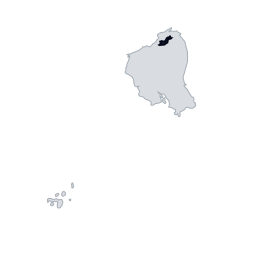 location of Shushufindi, Sucumbios, Ecuador, rotated 305°
{"feature_id": "8360857B16712310561849", "entity_name": "Shushufindi", "entity_type": "district", "adm_level": 2, "iso_a3": "ECU", "parent_name": "Ecuador", "parent_adm1": "Sucumbios", "projection": "orthographic", "projection_center": [-76.553, -0.288], "detail": "medium", "context": "in_parent", "style": "filled", "palette": "ink", "viewbox_px": 256, "rotation_deg": 305, "n_neighbors": 0, "source": "geoboundaries", "source_scale": "gbopen_adm2", "svg_char_len": 5160}
<svg xmlns="http://www.w3.org/2000/svg" viewBox="0 0 256 256"><g transform="rotate(305 128 128)"><path d="M235.1,106.0L234.4,106.5L232.6,106.7L231.2,106.2L230.6,106.2L230.5,106.7L232.4,107.9L233.3,110.0L234.6,111.3L235.4,112.0L235.5,112.4L235.2,113.3L235.2,114.0L235.6,117.2L235.3,117.4L234.3,117.4L233.5,116.8L231.4,124.9L224.5,132.9L216.7,138.6L207.6,141.8L201.0,144.1L200.0,145.0L196.7,149.0L196.6,149.4L197.0,150.1L197.1,150.5L196.6,150.8L196.2,150.8L196.0,150.6L195.9,150.1L195.4,149.6L194.9,149.5L194.6,149.6L194.6,150.1L193.9,152.2L193.9,153.3L193.6,153.7L193.6,154.6L193.0,155.5L192.5,157.0L191.9,157.4L191.2,159.7L190.2,161.9L190.1,162.7L190.5,163.2L190.6,163.7L190.1,165.0L187.8,166.4L187.2,167.1L187.0,167.8L187.1,168.4L187.1,169.0L186.3,169.2L185.6,170.4L185.0,170.7L183.5,170.3L182.5,170.3L181.6,169.9L180.0,167.7L179.4,166.5L179.2,164.7L177.6,163.6L175.5,163.9L174.8,163.5L173.3,162.8L171.9,161.9L170.9,161.5L170.2,161.7L168.9,163.1L167.7,163.7L167.2,163.7L166.5,163.3L166.3,162.8L168.1,160.4L166.8,160.3L166.3,159.8L166.3,159.2L166.0,158.5L166.3,157.7L167.0,157.3L168.0,157.7L168.8,157.7L169.2,156.9L170.2,156.4L170.4,156.0L169.9,154.8L169.7,154.1L169.9,153.8L169.8,152.5L169.5,152.0L169.5,151.3L169.2,150.9L169.1,150.0L168.4,149.5L170.6,148.7L171.4,148.0L172.4,147.4L173.2,146.5L173.7,145.6L175.0,141.4L176.3,138.8L176.1,137.5L175.0,135.8L174.8,133.3L174.9,132.6L174.8,132.0L174.1,133.0L174.3,136.7L173.7,138.4L172.8,138.8L172.3,138.5L172.6,135.8L172.0,136.3L171.0,138.1L169.4,139.5L169.3,139.9L168.9,140.5L167.7,140.0L166.7,139.4L163.6,136.4L161.6,135.7L160.4,134.7L160.1,134.2L160.0,133.6L161.2,133.0L162.5,132.1L162.6,130.3L162.6,128.8L161.6,126.2L162.1,122.9L161.8,121.7L160.7,118.9L161.5,117.5L164.4,116.5L165.3,115.8L166.0,113.7L166.6,112.4L167.9,112.9L168.9,112.8L167.6,112.3L166.5,110.4L166.3,109.5L168.4,106.8L169.5,106.1L170.9,104.7L172.0,102.5L172.3,99.2L171.8,96.7L171.5,94.2L172.2,93.5L173.9,93.2L175.4,92.4L176.1,91.6L177.8,91.7L179.7,90.5L182.9,89.9L187.2,88.6L188.2,87.4L187.8,85.3L189.4,86.6L190.1,87.6L192.4,88.7L195.0,90.7L196.8,91.7L198.7,92.7L201.4,93.6L203.1,93.5L203.8,95.0L204.4,95.4L206.0,96.0L206.8,99.0L207.1,99.4L208.5,99.8L210.2,100.0L210.9,99.9L212.4,100.7L214.7,101.3L215.5,101.4L215.9,101.3L216.0,101.0L216.7,101.0L217.7,101.4L219.1,101.5L220.0,101.1L220.2,99.6L220.5,99.2L221.5,98.6L222.1,98.8L224.8,100.0L225.3,100.4L226.0,101.3L227.3,102.6L228.6,103.4L230.7,103.8L232.8,105.1L235.1,106.0ZM25.3,104.4L26.1,105.2L26.5,107.7L29.1,110.2L29.4,111.7L29.2,112.3L29.3,112.6L30.6,113.6L31.4,114.7L30.0,117.2L27.1,118.2L24.0,118.2L23.4,117.9L22.6,117.0L22.4,116.1L22.9,115.3L24.5,114.1L26.9,113.0L27.2,112.1L26.3,111.3L25.6,109.7L24.0,108.5L23.3,105.0L22.8,104.9L21.7,105.3L21.2,104.9L21.1,104.7L22.2,103.9L22.5,103.3L24.1,103.0L24.9,103.5L25.3,104.4ZM37.3,114.9L36.7,115.0L34.7,113.7L34.8,112.4L35.6,111.6L38.2,111.1L39.3,111.9L39.2,113.4L38.3,114.5L37.6,114.7L37.3,114.9ZM171.0,144.0L170.7,144.5L169.5,144.5L169.1,144.3L169.4,141.9L169.7,141.1L170.8,140.3L171.6,140.0L172.7,140.0L173.9,140.7L172.5,142.0L171.5,142.3L171.0,144.0ZM23.3,110.8L22.0,111.1L21.0,110.6L20.5,109.9L20.4,108.8L20.5,108.5L22.9,108.1L23.7,109.0L23.7,110.3L23.3,110.8ZM49.2,116.8L47.7,117.3L46.8,116.8L46.7,116.5L47.6,115.7L48.4,115.2L49.1,114.3L50.5,113.7L50.9,113.8L51.1,114.0L51.2,114.3L50.8,115.1L50.0,115.6L49.2,116.8ZM34.3,109.1L33.7,109.5L31.2,109.1L30.5,108.3L31.1,107.3L31.6,106.8L33.1,107.2L34.5,108.4L34.3,109.1ZM36.2,122.5L35.7,122.5L35.0,121.9L35.5,120.9L36.6,121.4L36.8,121.8L36.2,122.5ZM187.1,88.0L186.4,88.1L186.0,87.4L186.9,86.7L187.2,86.6L187.1,88.0Z" fill="#d9dde1" stroke="#a8b0b8" stroke-width="1"/><path d="M227.3,110.1L226.7,110.0L226.8,109.9L226.8,109.7L226.6,109.8L226.5,109.7L226.4,109.7L226.2,109.5L226.0,109.4L225.9,109.3L225.5,109.4L225.4,109.2L225.3,108.7L225.2,108.7L224.8,108.6L224.7,108.5L224.6,108.4L224.4,108.6L224.1,108.5L223.6,108.5L223.5,108.1L223.4,108.1L223.2,108.3L222.9,108.3L222.5,108.4L222.5,108.5L222.3,108.6L222.2,108.4L221.9,108.5L221.8,108.4L221.5,108.5L221.4,108.5L221.2,108.4L220.7,108.6L220.2,108.5L220.1,108.4L220.0,108.2L220.0,107.9L219.7,107.8L219.5,107.6L219.3,107.5L219.2,107.6L219.3,107.3L219.2,107.1L219.1,106.8L219.0,106.6L218.9,106.6L218.9,106.3L218.8,106.2L218.8,105.8L218.6,105.7L218.4,105.4L218.2,105.5L218.0,105.4L217.8,105.4L217.6,105.2L217.5,104.9L217.4,105.0L217.3,104.8L217.2,104.7L216.9,104.7L216.9,105.8L216.4,106.1L216.1,106.1L215.7,106.1L215.4,106.3L215.2,106.3L215.0,106.1L214.9,106.2L214.7,106.2L214.3,105.9L214.0,105.9L213.7,105.7L213.7,106.0L213.8,106.0L214.1,106.3L214.2,106.6L214.4,107.0L214.7,107.1L214.9,107.4L215.0,107.7L215.4,108.0L215.5,108.0L215.5,108.3L215.7,108.6L216.1,109.0L216.4,109.3L216.5,109.5L216.9,109.8L217.1,109.8L217.3,109.9L217.2,110.1L217.3,110.3L217.6,110.2L217.7,110.3L217.8,110.2L218.1,110.0L218.3,110.1L218.7,110.4L219.0,110.5L219.1,110.8L219.4,111.0L220.1,111.0L220.5,111.5L220.8,111.4L221.0,111.2L221.8,110.9L222.2,110.5L222.6,110.5L223.1,110.4L223.6,110.5L223.9,110.6L224.4,110.4L224.6,110.5L224.7,111.0L224.9,111.3L225.8,112.0L226.6,112.1L226.4,111.9L226.4,111.7L227.3,110.1Z" fill="#0f172a" stroke="#020617" stroke-width="1.5"/></g></svg>